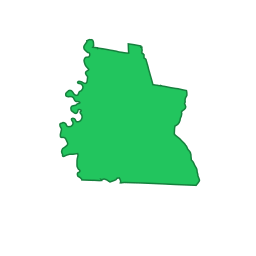 outline of Zvoristea, Suceava, Romania, rotated 222°
{"feature_id": "2599482B58629353331319", "entity_name": "Zvoristea", "entity_type": "district", "adm_level": 2, "iso_a3": "ROU", "parent_name": "Romania", "parent_adm1": "Suceava", "projection": "robinson", "projection_center": [26.291, 47.82], "detail": "fine", "context": "isolated", "style": "filled", "palette": "green", "viewbox_px": 256, "rotation_deg": 222, "n_neighbors": 0, "source": "geoboundaries", "source_scale": "gbopen_adm2", "svg_char_len": 5859}
<svg xmlns="http://www.w3.org/2000/svg" viewBox="0 0 256 256"><g transform="rotate(222 128 128)"><path d="M217.0,165.3L216.4,164.7L216.2,164.4L216.2,164.1L215.8,161.2L215.6,159.9L215.3,159.1L214.9,158.5L214.5,158.1L213.5,157.4L213.2,157.3L212.5,157.2L211.6,157.1L208.9,157.1L208.6,157.1L207.6,157.7L207.0,157.8L206.2,157.6L205.7,157.2L205.1,156.4L204.8,155.6L204.7,154.6L204.8,154.3L206.5,152.5L206.7,152.1L206.8,151.3L206.7,150.6L206.4,149.8L205.9,148.8L205.2,148.2L204.2,147.5L202.7,146.6L201.3,146.0L199.9,145.7L196.8,145.4L196.4,145.2L196.2,144.9L196.2,144.5L196.7,142.6L196.8,141.8L196.8,141.3L196.5,140.7L196.2,140.3L195.1,139.7L194.4,139.5L192.7,139.2L192.2,139.0L189.8,135.6L189.3,134.7L189.1,134.0L189.1,133.5L189.2,133.1L189.6,132.6L190.2,132.1L191.0,131.7L193.2,131.3L194.2,130.8L195.0,130.4L195.4,130.1L195.9,129.6L196.1,129.2L196.1,128.6L196.1,128.4L195.9,128.1L195.5,127.9L195.2,127.9L194.5,128.1L193.1,129.0L192.6,129.2L191.8,129.3L191.1,129.3L190.1,129.0L189.2,128.6L188.8,128.2L188.2,127.3L188.0,126.7L187.8,125.6L187.7,124.9L187.8,124.2L187.9,123.8L188.2,123.2L188.4,122.4L188.3,121.8L187.6,119.7L187.4,118.9L187.6,118.4L187.9,118.0L188.6,117.5L189.3,117.2L189.8,117.1L191.0,117.1L192.7,117.6L194.1,117.8L194.7,117.8L195.4,117.7L196.2,117.2L196.7,116.7L197.1,116.0L197.2,115.0L197.1,114.6L197.3,114.3L197.4,113.1L197.3,112.1L197.0,111.6L196.4,110.9L195.8,110.5L195.4,110.4L194.8,110.5L193.4,111.2L193.0,111.5L192.4,112.3L191.6,113.0L190.9,113.5L190.3,113.8L189.6,113.9L188.7,113.9L188.0,113.6L186.2,112.9L185.1,112.8L184.3,113.0L183.0,114.1L182.2,114.6L181.7,114.8L181.1,114.8L180.7,114.6L180.6,114.2L181.1,113.2L181.7,112.1L181.9,111.5L182.0,110.2L182.4,109.4L182.9,108.9L183.9,107.4L184.2,106.9L184.3,106.5L184.3,106.1L184.2,105.6L184.1,105.1L183.6,104.4L182.7,103.6L181.9,103.1L181.3,103.0L178.0,103.3L177.2,103.5L176.8,103.7L176.4,104.1L176.2,104.5L176.1,105.0L176.1,105.7L176.3,106.4L177.0,107.6L177.1,107.9L177.1,108.4L176.9,108.9L176.7,109.1L176.0,109.5L175.1,109.8L174.6,109.7L174.3,109.4L174.2,108.8L174.3,107.9L174.2,107.7L173.9,107.5L173.3,107.1L171.8,106.9L170.9,106.6L169.8,105.8L169.3,105.3L169.1,104.9L168.7,104.2L168.5,103.6L168.3,102.8L168.2,101.7L168.4,100.9L168.6,100.2L169.0,99.6L169.5,99.0L170.2,98.4L170.8,98.3L171.6,98.4L173.1,99.0L173.5,99.0L174.0,99.0L174.8,98.7L175.5,98.3L175.8,97.8L176.1,97.2L176.0,96.9L175.9,96.7L175.4,96.3L175.0,96.1L173.0,95.5L172.4,95.1L171.9,94.6L171.4,93.6L171.3,92.5L171.3,92.1L171.4,91.3L171.7,90.7L173.0,89.2L173.7,88.8L174.2,88.6L175.0,88.6L175.7,88.9L176.6,89.3L177.1,89.5L178.3,89.4L179.1,89.1L179.8,88.7L180.0,88.5L180.6,87.0L181.2,86.2L181.2,85.4L181.0,85.1L180.4,84.5L179.7,83.9L179.2,83.7L177.3,83.0L176.9,82.8L176.5,82.4L176.2,82.0L174.0,78.0L173.2,77.1L172.4,76.4L172.0,76.2L171.5,76.4L171.0,76.6L170.0,77.6L169.2,78.1L168.0,78.4L166.7,78.1L164.8,77.3L163.6,76.8L162.5,76.2L162.0,75.5L161.8,74.9L161.7,74.3L161.8,73.7L161.9,72.9L162.2,71.1L162.7,69.2L162.7,68.7L162.5,67.9L161.8,66.4L161.4,65.9L160.4,65.2L158.9,64.6L158.2,63.7L157.8,63.5L157.5,63.4L157.2,63.5L156.7,63.9L155.5,66.7L153.9,69.3L153.3,69.9L151.4,71.6L149.5,73.9L148.3,75.3L147.3,74.6L146.8,74.2L145.1,71.1L144.1,69.7L141.1,66.3L139.9,65.2L139.5,65.1L138.9,64.8L137.2,64.2L136.1,64.4L135.3,64.2L134.9,63.9L134.7,62.9L134.7,62.5L134.8,62.3L135.3,61.5L135.3,61.0L135.2,60.6L134.9,60.0L134.2,59.3L133.3,58.8L132.8,58.6L132.3,58.7L131.9,58.9L131.5,58.9L130.4,59.1L130.2,59.1L128.4,59.0L128.0,58.8L127.6,58.5L119.0,65.7L118.4,66.3L113.9,69.9L112.5,71.4L113.0,71.7L113.4,71.8L112.9,72.0L111.7,74.1L110.9,74.5L110.2,74.7L109.7,75.1L109.3,75.2L108.3,75.3L107.8,75.5L106.8,75.5L106.4,75.7L105.3,75.8L105.2,75.9L105.1,76.2L103.3,79.5L102.6,81.0L102.4,81.5L102.5,83.5L101.9,84.1L101.1,85.1L98.9,84.2L97.7,83.4L97.0,82.1L96.2,82.8L96.2,83.0L95.1,84.1L94.6,84.8L86.8,91.4L82.6,95.0L78.4,98.5L63.0,111.2L55.6,117.2L39.0,131.0L39.1,131.8L39.2,134.1L39.4,135.4L39.6,136.4L40.0,137.1L41.4,137.9L44.4,139.4L44.5,139.6L44.6,139.8L45.2,140.3L47.2,141.6L48.4,142.7L48.9,143.1L49.9,143.7L50.7,144.0L53.5,144.9L55.7,145.9L56.8,146.3L57.9,146.5L59.5,146.6L62.6,149.4L63.1,150.0L64.0,150.7L64.9,151.1L65.1,151.3L65.2,151.5L66.7,151.9L69.3,152.2L72.4,153.6L73.7,153.7L75.0,154.1L75.7,154.2L80.1,154.4L81.7,154.6L83.1,154.6L85.9,154.4L88.5,154.3L89.3,154.6L89.6,154.5L93.0,158.7L93.8,159.9L94.4,160.7L94.0,162.0L93.8,162.7L93.7,163.2L93.5,163.8L93.5,164.9L93.7,166.5L94.1,167.3L94.2,167.9L94.6,168.7L95.0,169.2L95.9,170.9L96.1,171.9L96.5,172.7L97.6,174.6L98.1,174.9L98.6,175.3L99.1,176.0L99.2,176.5L99.0,177.1L99.0,177.7L98.6,179.5L98.6,180.5L98.6,181.0L98.8,181.5L99.3,182.4L101.0,183.4L102.2,183.9L102.4,184.1L102.9,185.6L104.3,186.9L105.0,188.0L105.5,189.0L106.0,191.4L106.4,192.0L107.8,193.5L109.0,194.5L109.6,194.9L112.5,193.2L117.2,190.6L119.0,189.3L123.0,186.7L128.8,183.3L130.5,182.1L130.9,182.0L131.6,181.7L131.8,181.5L132.2,181.4L132.1,181.1L134.3,179.6L134.6,179.5L135.8,178.6L137.2,177.7L138.5,176.9L142.2,179.3L147.5,182.6L149.2,183.7L151.8,185.3L154.1,186.9L155.0,187.4L155.4,187.8L156.6,188.4L157.9,189.3L159.5,190.2L160.6,191.0L162.4,190.9L162.8,190.7L163.3,191.1L164.8,192.8L165.3,193.2L166.0,193.1L166.5,193.3L166.7,193.1L167.0,193.1L167.2,192.9L167.6,192.9L168.6,193.8L169.6,195.3L170.1,195.7L170.5,196.0L170.8,196.2L171.5,197.1L172.0,197.4L172.6,196.6L173.4,197.5L179.8,193.6L184.1,190.7L181.7,188.2L179.6,186.0L179.3,185.8L177.6,184.1L178.9,183.0L180.7,181.7L182.9,180.3L184.9,178.9L186.6,177.9L187.2,177.7L188.7,176.9L189.2,176.5L190.8,175.6L192.9,174.2L196.1,172.3L200.4,169.6L200.4,169.4L200.8,169.3L203.3,167.6L203.5,167.1L203.8,166.7L204.3,167.2L208.1,164.5L208.1,165.1L208.4,165.4L208.6,165.7L208.6,166.1L208.8,166.4L211.1,168.6L211.7,169.0L212.9,169.5L213.4,169.5L214.1,169.3L214.8,168.6L215.9,167.8L216.2,167.0L216.5,166.7L216.4,166.1L217.0,165.3Z" fill="#22c55e" stroke="#15803d" stroke-width="1.5"/></g></svg>